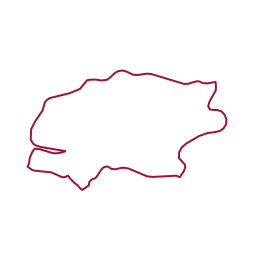 Viana do Castelo, orthographic projection, rotated 26°
{"feature_id": "PRT-741", "entity_name": "Viana do Castelo", "entity_type": "District", "adm_level": 1, "iso_a3": "PRT", "parent_name": "Portugal", "parent_adm1": "", "projection": "orthographic", "projection_center": [-8.501, 41.884], "detail": "fine", "context": "isolated", "style": "outline", "palette": "rose", "viewbox_px": 256, "rotation_deg": 26, "n_neighbors": 0, "source": "natural_earth", "source_scale": "10m", "svg_char_len": 1384}
<svg xmlns="http://www.w3.org/2000/svg" viewBox="0 0 256 256"><g transform="rotate(26 128 128)"><path d="M186.4,48.3L188.4,51.2L190.4,55.7L189.7,68.4L190.5,73.2L193.3,75.4L196.6,74.4L200.5,72.6L205.1,72.1L209.3,73.9L212.7,77.2L214.5,81.6L214.0,86.7L211.7,90.5L208.2,93.4L201.8,97.6L195.4,104.0L187.0,116.7L184.9,122.0L184.6,127.5L187.1,132.8L195.0,135.9L196.7,138.2L197.1,142.1L196.2,149.2L195.3,149.6L192.5,149.6L171.7,161.1L166.3,163.1L147.0,164.1L143.7,164.8L140.6,166.1L138.9,167.2L135.0,170.5L131.3,172.0L129.6,171.9L127.7,171.4L125.9,171.9L124.8,172.6L123.0,174.6L122.3,176.8L121.9,179.1L121.5,183.6L121.1,185.8L120.4,187.8L118.4,189.7L117.3,191.8L116.9,193.5L117.9,196.8L114.0,203.7L112.5,203.5L110.5,202.9L108.0,201.6L103.6,200.8L97.1,198.4L95.3,197.2L94.2,197.9L93.4,199.2L91.7,200.6L89.8,201.1L78.5,201.5L62.3,207.4L60.1,207.7L55.8,207.0L54.8,206.8L54.6,203.2L52.8,197.9L52.5,190.9L53.2,187.6L58.2,185.7L71.8,183.5L75.6,181.7L79.1,179.1L82.2,176.1L57.7,183.4L52.6,184.1L49.7,183.7L45.7,181.2L41.5,171.6L41.6,163.1L43.5,149.8L42.0,141.3L42.9,138.2L44.5,135.4L60.2,122.4L67.7,113.9L70.3,103.0L72.8,101.2L77.8,98.6L83.4,96.9L87.9,93.9L89.6,90.9L92.0,84.6L93.9,81.6L97.6,78.8L101.5,78.0L109.5,77.8L113.5,76.1L121.1,70.9L125.2,69.3L159.1,63.8L162.8,61.8L168.4,56.6L170.4,55.3L172.0,54.9L175.8,54.8L179.8,53.1L186.4,48.3Z" fill="none" stroke="#9f1239" stroke-width="2"/></g></svg>